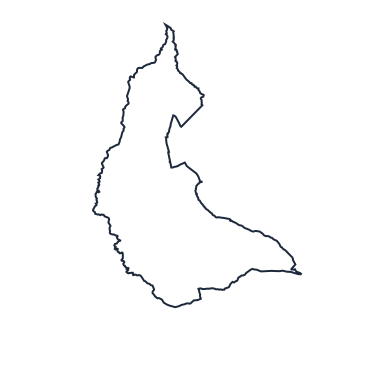 Antonio Ante, Imbabura, Ecuador, rotated 314°
{"feature_id": "8360857B41675882344987", "entity_name": "Antonio Ante", "entity_type": "district", "adm_level": 2, "iso_a3": "ECU", "parent_name": "Ecuador", "parent_adm1": "Imbabura", "projection": "albers", "projection_center": [-78.197, 0.328], "detail": "fine", "context": "isolated", "style": "outline", "palette": "slate", "viewbox_px": 384, "rotation_deg": 314, "n_neighbors": 0, "source": "geoboundaries", "source_scale": "gbopen_adm2", "svg_char_len": 5965}
<svg xmlns="http://www.w3.org/2000/svg" viewBox="0 0 384 384"><g transform="rotate(314 192 192)"><path d="M208.9,327.2L208.8,326.2L207.3,322.5L207.5,320.7L207.9,319.7L206.9,319.1L205.4,317.4L205.7,317.0L211.7,316.7L213.3,311.6L213.9,311.2L214.6,309.8L214.9,299.9L214.3,296.7L214.6,295.3L214.2,293.8L215.3,290.9L215.8,287.0L214.6,283.5L214.6,281.3L213.9,280.3L213.5,277.9L211.4,275.5L210.9,273.9L211.1,271.5L210.5,268.0L208.1,264.7L206.4,263.8L205.7,263.0L204.9,261.0L204.6,259.3L202.7,254.9L202.4,251.3L200.8,248.7L200.1,244.5L199.2,242.7L199.0,241.1L197.9,239.7L197.9,239.2L198.8,238.9L198.7,237.9L195.7,233.3L192.0,228.3L190.8,227.5L190.4,226.6L190.5,224.3L189.9,223.3L190.1,221.8L190.4,221.2L190.0,219.1L190.2,218.6L190.0,218.0L190.0,215.7L189.5,214.0L189.8,213.3L189.7,211.8L190.1,211.2L189.8,210.3L190.3,209.2L190.4,206.3L191.2,203.6L190.9,202.3L191.3,201.8L191.3,201.3L192.1,200.5L192.4,199.7L192.3,199.1L193.0,197.7L193.5,197.3L193.4,196.6L194.1,196.4L194.1,195.5L195.3,193.5L196.7,193.0L197.3,192.2L198.0,192.0L199.4,190.9L200.1,191.0L201.3,190.7L202.4,191.0L203.9,190.8L206.7,192.4L205.9,191.6L205.4,190.1L207.5,185.9L208.4,182.4L207.1,171.2L207.1,169.9L208.2,166.4L202.6,164.1L200.9,163.9L200.4,163.4L199.1,162.9L198.0,161.9L196.5,161.3L195.2,160.1L197.7,156.7L198.1,155.1L198.6,155.2L204.0,147.3L204.8,147.7L209.2,140.1L211.4,137.3L212.5,136.5L213.1,135.2L214.6,136.2L216.3,134.1L217.0,134.3L217.5,133.7L218.8,133.9L222.3,131.6L224.3,130.9L225.7,129.7L234.1,125.3L234.7,126.6L234.7,128.4L232.8,134.3L231.3,138.1L231.5,139.0L262.5,139.2L261.6,138.9L261.7,137.9L263.0,137.1L263.7,136.0L264.6,135.4L265.3,133.4L266.4,133.0L268.3,133.9L269.8,133.2L269.9,132.7L269.0,130.4L268.9,129.0L269.6,127.7L270.0,125.6L271.0,124.7L270.2,123.7L270.1,123.0L270.4,121.6L269.5,120.8L270.2,119.4L269.7,118.9L269.9,118.1L269.4,117.1L270.0,116.1L269.1,115.0L269.3,113.2L269.0,109.7L270.1,103.4L269.6,101.9L269.8,101.4L269.3,100.8L269.8,99.6L269.7,97.6L270.4,96.6L270.6,94.8L271.9,94.3L272.2,93.7L272.2,92.9L273.1,92.8L274.3,92.1L274.8,91.3L274.8,90.4L275.2,90.1L274.8,89.2L276.9,87.4L277.2,86.0L281.3,86.0L281.9,85.1L282.1,84.2L282.9,83.6L282.8,82.8L283.5,82.1L283.6,81.8L282.7,81.1L282.7,80.9L284.9,79.6L285.6,78.5L286.2,78.6L286.6,78.2L286.7,75.6L287.0,74.7L286.8,73.7L287.8,73.6L289.2,72.9L289.6,72.0L290.6,71.7L290.9,70.9L291.5,70.5L293.8,67.7L294.9,67.3L294.3,64.2L295.2,62.4L294.7,61.4L294.7,60.1L293.9,56.7L292.9,59.9L292.5,60.5L291.4,61.3L290.1,61.5L288.6,63.6L287.6,63.4L287.3,63.6L287.5,64.4L287.0,66.2L285.8,67.2L283.4,67.8L282.3,68.9L279.8,69.9L278.1,69.2L275.4,70.3L273.6,69.9L273.3,70.1L273.3,71.4L271.0,71.0L269.8,72.3L268.4,72.8L267.6,72.7L265.8,71.8L264.1,71.8L263.3,72.3L262.2,74.2L259.6,75.3L258.7,75.0L256.2,73.0L254.6,72.7L252.6,71.3L248.4,69.9L247.1,70.1L246.5,69.9L244.4,67.5L243.8,67.2L242.1,67.3L240.1,69.0L236.1,68.9L234.1,70.6L233.4,69.6L232.7,67.7L231.6,67.5L230.8,68.0L229.7,69.5L228.3,69.4L227.1,69.5L226.6,69.9L224.8,73.5L223.4,75.0L216.1,78.5L215.5,79.1L214.3,81.6L212.8,82.4L212.4,84.0L211.9,84.7L211.2,85.0L209.6,84.7L207.1,84.7L205.8,85.6L203.9,85.1L203.2,85.2L202.3,87.0L199.3,89.5L197.2,90.5L195.3,92.5L194.7,92.9L193.3,92.7L192.8,92.9L192.3,93.4L192.2,96.8L191.8,98.4L189.9,98.9L188.7,100.1L186.5,100.4L182.3,102.9L180.0,103.6L177.5,105.2L175.1,106.1L173.2,105.0L168.4,103.4L167.0,102.6L166.5,102.6L164.9,103.3L163.1,102.7L161.7,102.8L160.2,106.0L159.2,106.7L157.2,107.2L156.2,106.2L155.6,105.9L153.3,106.9L150.4,107.0L149.6,107.7L149.6,108.5L148.7,109.9L148.5,111.1L147.9,111.5L147.2,111.5L145.7,111.1L144.9,112.6L143.1,113.8L141.6,113.0L139.1,113.0L139.8,114.5L139.4,115.3L137.9,116.3L136.0,115.9L135.5,118.1L134.5,118.6L133.7,118.1L132.8,120.3L132.3,120.5L131.7,120.1L131.4,120.1L130.5,121.2L128.5,121.6L127.9,122.6L127.0,123.1L127.0,123.4L128.1,124.1L127.7,125.2L127.1,125.1L126.2,123.8L125.6,123.5L124.5,124.0L123.5,124.0L121.6,126.2L121.2,128.2L119.9,128.7L119.6,129.7L118.6,131.1L116.9,130.8L116.8,131.8L116.4,132.4L114.4,132.1L110.7,133.1L110.1,133.5L109.8,134.1L110.0,136.3L109.1,137.5L110.2,139.7L111.2,140.6L111.5,142.0L113.1,142.6L113.5,143.5L114.2,144.3L113.8,146.0L115.3,149.7L115.3,150.4L114.8,151.3L111.9,153.2L111.1,156.8L108.8,157.7L107.5,159.2L107.2,160.0L105.4,161.4L105.4,162.7L106.2,164.3L107.2,165.3L107.6,167.0L108.7,168.8L108.4,169.3L107.2,169.4L106.7,170.7L106.6,171.8L107.3,174.0L106.7,174.2L105.9,173.6L104.9,173.3L102.8,173.7L101.0,172.7L99.7,173.1L99.3,174.1L99.5,175.1L98.3,175.4L97.4,176.0L97.5,176.9L98.1,177.4L99.1,177.3L99.4,178.2L99.1,178.4L98.6,178.0L97.7,179.6L97.5,180.3L98.0,181.6L97.6,182.4L98.4,183.3L99.8,183.6L100.0,184.3L98.7,186.0L96.2,188.3L94.1,188.5L93.8,188.9L93.9,189.6L94.6,190.3L94.9,191.4L94.3,192.2L92.7,192.4L92.4,192.8L91.9,194.1L92.3,195.2L91.8,195.9L92.1,197.5L91.1,198.3L91.3,198.7L93.0,198.8L93.1,199.2L91.1,200.4L89.3,200.1L88.8,200.8L89.3,202.7L90.3,203.2L90.9,204.0L92.2,204.8L92.7,205.4L92.7,206.1L91.5,206.9L91.4,207.5L93.5,208.9L93.8,210.3L95.7,211.9L96.0,212.7L96.0,214.3L94.8,219.3L95.4,220.5L95.3,223.4L96.4,225.1L96.4,227.1L97.3,228.6L95.6,232.4L94.8,232.7L93.2,232.8L91.9,233.8L91.6,236.7L91.2,237.9L91.5,238.6L91.3,239.3L91.5,240.9L92.7,241.8L93.7,245.1L92.8,248.4L93.5,251.8L94.5,254.4L97.5,259.9L100.9,262.0L103.3,262.8L106.4,264.8L107.9,265.3L110.6,268.3L115.3,268.6L118.1,271.1L121.3,272.5L122.7,270.0L123.9,269.1L125.1,266.7L126.1,265.6L126.7,263.9L127.0,263.9L128.9,265.4L129.3,266.8L130.7,268.2L133.7,270.7L134.4,271.7L135.7,272.4L137.3,274.0L138.2,275.5L138.5,276.6L140.2,278.4L140.6,279.4L141.7,280.1L142.8,282.0L143.4,282.2L144.2,283.1L145.6,282.8L148.3,284.3L149.5,284.6L152.8,283.5L155.5,283.6L156.1,285.1L158.4,285.5L159.1,286.0L160.1,286.0L162.3,285.0L163.8,285.0L164.6,285.5L166.3,285.6L167.6,286.8L169.3,287.5L171.0,287.2L171.9,287.3L177.0,288.2L178.7,288.9L179.5,290.6L181.0,292.4L182.8,296.8L190.5,304.0L195.5,309.6L198.4,311.9L200.5,315.5L203.1,318.5L206.6,325.3L208.3,327.3L208.9,327.2Z" fill="none" stroke="#1e293b" stroke-width="2"/></g></svg>